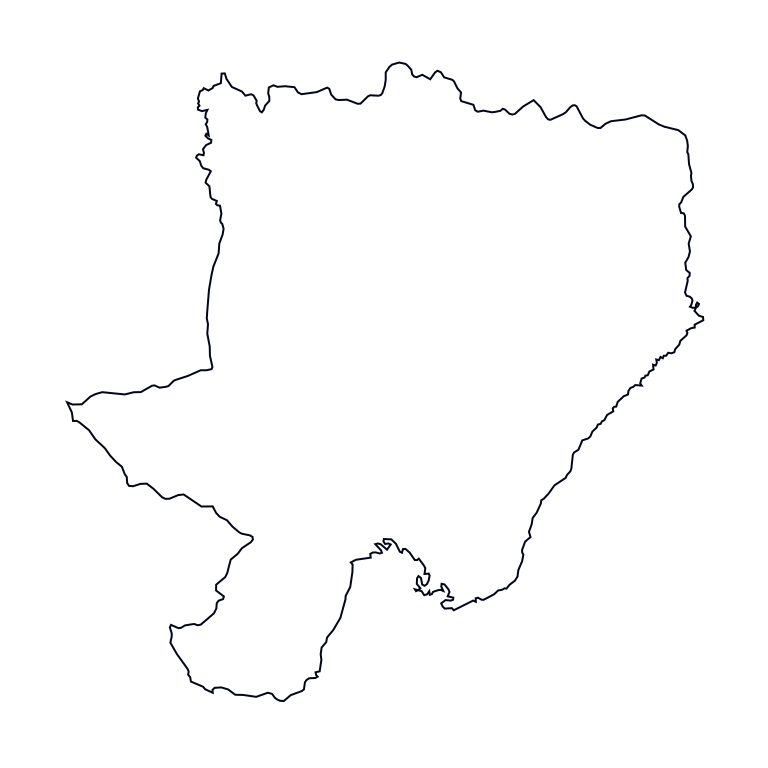 Arinos, Minas Gerais, Brazil, rotated 3°
{"feature_id": "56859067B82279681596655", "entity_name": "Arinos", "entity_type": "district", "adm_level": 2, "iso_a3": "BRA", "parent_name": "Brazil", "parent_adm1": "Minas Gerais", "projection": "albers", "projection_center": [-46.019, -15.804], "detail": "fine", "context": "isolated", "style": "outline", "palette": "ink", "viewbox_px": 768, "rotation_deg": 3, "n_neighbors": 0, "source": "geoboundaries", "source_scale": "gbopen_adm2", "svg_char_len": 6098}
<svg xmlns="http://www.w3.org/2000/svg" viewBox="0 0 768 768"><g transform="rotate(3 384 384)"><path d="M691.5,291.5L688.0,291.7L685.5,290.8L686.7,289.0L687.7,284.6L686.9,282.5L684.8,280.8L681.6,280.1L679.8,276.9L681.9,265.1L681.5,262.4L683.5,260.1L683.5,257.1L679.8,254.3L678.5,247.0L681.4,241.5L682.6,235.7L680.9,227.8L682.7,220.5L676.5,211.0L675.8,200.3L674.5,197.9L671.7,197.7L669.5,191.4L669.5,189.0L671.2,187.2L673.2,181.4L681.2,173.6L682.3,171.5L682.0,168.2L680.5,165.4L679.6,160.1L680.0,157.3L677.1,148.4L675.9,138.7L674.7,136.5L675.0,130.5L674.0,125.2L671.9,120.0L664.6,115.1L650.6,112.4L644.9,110.4L630.4,102.2L627.1,102.2L611.4,107.2L596.9,109.7L591.6,112.5L586.8,117.0L584.0,117.2L576.2,114.2L571.1,110.6L568.9,108.5L561.8,96.6L559.9,95.6L557.7,96.0L555.5,97.8L551.3,103.2L548.4,105.3L536.3,111.5L534.0,111.1L531.8,108.9L525.9,99.4L518.6,92.7L508.4,99.6L500.6,107.4L498.1,108.2L495.2,107.6L490.5,103.6L488.3,102.9L485.9,105.1L480.2,106.6L477.5,107.0L468.9,105.8L463.4,107.2L460.7,105.8L458.7,100.5L446.4,97.5L445.2,95.0L445.7,88.9L441.8,84.8L438.1,78.2L436.4,76.7L428.0,74.6L424.5,69.7L420.9,68.4L418.6,70.3L414.2,77.3L406.1,73.2L400.6,75.9L398.1,75.4L395.9,73.3L394.8,68.7L390.9,64.8L388.8,63.2L382.3,62.2L375.4,64.6L372.9,67.0L369.4,72.7L369.8,80.3L369.1,86.8L367.0,93.9L365.6,95.6L363.5,96.4L355.1,96.4L352.9,97.6L345.8,105.3L342.9,105.5L332.1,102.0L324.1,102.8L320.8,102.3L316.1,97.7L313.9,92.1L311.7,91.0L301.7,96.0L286.5,98.9L282.8,97.3L279.1,92.3L269.7,91.8L262.0,92.8L258.0,91.5L253.5,93.9L253.1,99.7L254.4,103.2L254.7,107.3L250.7,112.2L249.6,116.4L247.8,119.1L245.9,118.1L242.7,112.5L241.7,110.3L242.0,107.8L238.6,102.6L236.1,101.6L230.5,103.3L226.9,99.4L216.5,95.3L210.7,87.5L208.8,82.2L205.6,82.5L205.3,92.2L198.3,95.2L197.4,97.4L193.3,100.1L188.5,98.0L187.6,100.0L184.9,101.3L183.2,108.6L184.5,111.6L183.7,113.5L185.2,115.8L183.6,117.4L184.0,119.8L188.0,121.0L193.3,119.5L191.9,123.0L191.6,127.4L193.8,129.1L193.7,131.6L192.4,134.0L194.0,136.6L196.0,145.0L193.5,143.4L192.6,145.4L195.5,148.0L198.8,149.3L198.7,152.1L193.9,154.7L190.9,159.1L192.1,162.5L191.8,165.0L187.0,164.3L185.2,165.7L184.5,167.8L188.4,171.1L190.1,175.6L192.2,178.0L197.8,179.2L199.9,180.6L195.8,189.4L195.3,192.3L199.3,195.7L201.0,206.5L202.5,208.1L207.5,210.0L206.7,212.9L208.3,214.3L210.9,214.5L212.7,222.4L211.8,229.0L212.5,231.2L214.1,232.6L215.7,237.3L215.0,243.3L212.2,252.2L212.0,262.2L207.4,275.9L205.9,285.3L204.3,299.2L203.7,320.1L203.6,327.9L205.1,333.4L204.9,343.0L208.0,355.7L208.7,364.9L211.8,376.1L211.0,378.2L205.9,379.6L200.2,379.9L187.5,386.3L176.0,390.7L173.8,391.8L168.9,397.3L166.0,398.3L160.0,399.4L155.0,397.4L152.4,397.9L141.6,404.8L134.7,405.3L125.6,408.0L103.1,406.9L96.6,409.1L91.5,411.9L83.3,420.1L74.0,420.8L68.5,418.8L73.8,428.8L75.4,437.2L78.8,436.9L81.3,437.9L91.8,445.5L98.7,454.4L108.7,462.8L114.3,469.9L120.4,475.8L126.6,480.4L129.7,487.4L132.0,490.3L132.7,496.4L134.8,499.1L138.8,499.2L146.0,496.5L152.3,495.9L159.0,500.5L168.3,508.7L171.5,510.1L175.8,509.8L184.3,505.7L189.7,504.8L208.1,515.9L219.3,515.2L223.0,521.4L226.9,525.2L234.2,528.2L240.1,534.3L247.0,539.6L249.7,540.9L258.1,542.2L260.7,543.6L261.2,546.2L259.3,549.0L250.7,555.4L246.8,561.2L240.1,567.4L237.3,581.1L235.6,585.1L226.9,593.2L227.1,599.0L235.2,604.5L234.6,607.2L230.1,609.1L228.5,611.6L228.3,617.0L226.2,621.9L213.6,633.9L210.4,634.7L207.2,633.6L204.7,634.0L197.9,635.5L194.1,638.1L191.6,638.6L183.9,635.7L182.9,638.3L185.1,644.2L185.2,647.4L184.2,653.5L191.3,664.5L202.7,678.7L204.0,681.4L203.6,684.5L205.7,686.7L206.8,691.3L219.2,695.8L221.4,698.2L229.1,701.3L228.7,698.5L230.7,696.3L237.4,695.5L244.4,697.2L251.7,702.1L259.8,701.9L272.8,703.1L284.1,698.4L288.4,699.3L291.6,703.2L294.1,704.8L296.8,705.8L300.6,705.8L307.1,699.6L318.1,694.9L320.0,693.2L320.7,686.0L322.0,683.8L324.6,681.8L330.9,681.2L333.0,679.7L331.5,678.2L330.7,675.5L334.8,674.3L335.9,662.7L334.9,657.1L335.5,650.4L339.8,644.8L340.4,640.1L346.1,632.5L352.7,619.8L356.8,601.0L356.8,597.6L360.9,588.5L362.3,573.4L362.1,565.9L360.2,563.9L365.2,561.0L379.8,558.1L379.2,554.4L381.6,552.9L384.5,552.6L388.7,553.5L390.8,552.6L389.7,550.2L383.7,544.4L386.2,543.6L388.9,544.1L395.7,549.3L399.1,543.9L396.8,543.0L393.5,543.7L391.7,541.2L392.0,538.8L399.5,538.8L404.4,543.1L408.6,550.7L410.8,551.6L411.6,547.8L414.1,547.6L418.5,551.1L423.9,558.1L426.3,558.1L427.9,556.6L433.3,563.1L434.9,565.7L434.4,571.6L438.5,571.0L439.6,573.0L438.8,578.2L437.3,581.6L435.1,583.4L432.6,582.2L431.1,575.8L428.5,574.0L427.2,576.2L427.2,581.9L431.0,586.1L428.8,588.1L432.4,588.9L435.2,592.8L438.2,591.7L440.0,588.6L440.8,592.1L442.7,591.4L443.9,589.0L449.3,586.9L451.3,586.6L454.1,587.6L451.8,583.2L452.0,580.5L454.9,581.0L458.9,585.4L460.3,588.3L458.7,592.7L464.4,593.7L464.3,595.8L462.1,596.8L456.7,596.6L452.6,600.1L454.1,603.0L456.4,605.1L463.5,604.3L465.5,606.3L484.4,595.6L487.1,596.7L486.8,593.2L489.1,592.5L492.7,594.3L494.8,594.3L505.0,588.2L508.8,584.2L512.8,583.3L514.9,581.8L517.0,581.9L519.9,577.9L525.0,573.6L527.4,569.4L527.9,562.8L531.2,553.8L532.1,547.0L530.8,545.0L530.6,542.4L533.2,534.0L538.3,529.2L536.5,524.0L538.8,516.4L539.5,510.0L543.1,504.7L546.9,495.2L547.2,491.8L549.5,490.3L553.9,485.1L559.6,476.2L570.5,468.1L571.4,465.4L574.7,461.4L575.5,458.8L576.3,444.7L577.3,442.5L581.6,439.5L585.0,429.9L590.7,427.7L592.8,425.6L594.6,420.6L598.6,416.4L599.7,413.3L602.4,412.5L603.6,409.9L605.9,408.6L608.4,403.2L614.4,399.3L613.7,396.4L615.1,394.7L617.1,394.4L618.3,389.7L624.0,383.7L628.2,381.7L628.5,378.1L630.3,375.0L633.1,373.8L635.0,371.9L641.4,372.1L639.8,369.9L641.0,365.0L643.8,364.0L644.6,362.0L646.9,361.5L648.4,357.6L652.4,355.4L651.7,350.7L654.3,351.3L655.4,348.5L654.6,345.3L657.3,345.8L658.7,342.5L661.0,343.7L661.9,341.2L664.3,341.0L666.2,337.9L669.5,338.3L672.3,337.0L672.9,334.1L676.8,329.2L677.7,325.4L683.6,319.5L684.3,317.0L683.3,314.9L688.0,312.1L691.3,311.4L691.1,308.5L699.5,303.6L699.1,300.4L695.0,299.4L690.2,294.7L691.5,291.5ZM691.5,291.5L693.4,290.0L694.4,287.6L692.5,286.3L691.4,288.6L691.5,291.5ZM428.8,588.1L425.6,587.4L426.8,589.2L428.8,588.1Z" fill="none" stroke="#020617" stroke-width="2"/></g></svg>